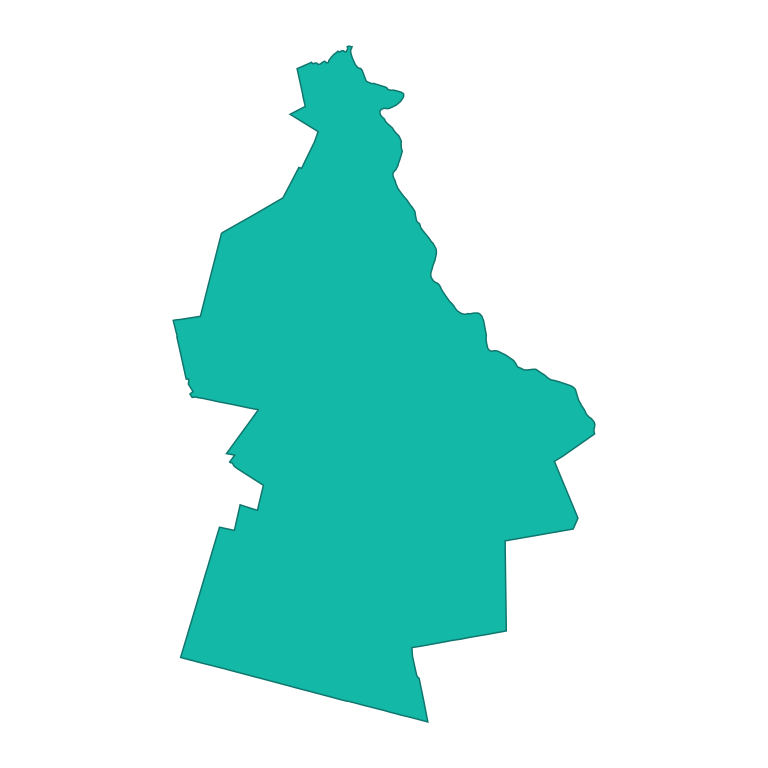 the district of Guerrero, Coahuila, Mexico
{"feature_id": "50627088B28083225707634", "entity_name": "Guerrero", "entity_type": "district", "adm_level": 2, "iso_a3": "MEX", "parent_name": "Mexico", "parent_adm1": "Coahuila", "projection": "natural_earth1", "projection_center": [-100.347, 28.15], "detail": "fine", "context": "isolated", "style": "filled", "palette": "teal", "viewbox_px": 768, "rotation_deg": 0, "n_neighbors": 0, "source": "geoboundaries", "source_scale": "gbopen_adm2", "svg_char_len": 5962}
<svg xmlns="http://www.w3.org/2000/svg" viewBox="0 0 768 768"><path d="M427.8,721.9L426.8,716.6L423.5,699.6L421.9,691.8L420.2,683.7L419.7,681.1L419.1,678.3L417.1,676.5L415.9,671.9L412.5,656.4L411.9,647.6L421.4,646.1L452.4,640.4L461.1,639.1L469.5,637.4L487.9,634.3L506.3,630.9L505.9,599.9L505.8,594.8L505.1,540.9L512.3,539.6L545.0,533.9L572.6,529.1L573.2,529.0L577.9,518.3L577.8,517.9L576.7,515.1L574.1,508.8L560.1,475.2L554.4,461.3L562.2,456.6L563.8,455.5L594.6,433.9L594.3,432.6L594.0,431.0L593.9,430.1L594.0,429.1L594.5,427.2L594.8,425.5L594.8,424.0L594.1,422.0L592.7,420.2L591.2,418.5L589.0,417.0L587.4,415.3L586.3,414.1L586.0,413.4L584.8,410.7L584.2,409.6L583.5,408.4L582.5,407.1L581.3,405.1L580.3,403.0L580.0,402.6L579.7,402.2L579.5,401.9L579.2,401.2L578.1,398.6L577.7,397.1L576.2,392.1L575.6,390.0L574.7,388.5L573.1,387.1L570.9,385.8L567.7,384.7L564.5,383.6L562.0,382.8L558.8,381.7L556.5,381.1L554.1,380.4L551.7,380.0L550.4,379.6L547.7,377.8L545.7,376.0L543.5,374.3L541.1,372.9L536.2,369.5L534.6,369.2L531.1,369.5L528.4,369.9L526.3,370.0L524.2,369.9L523.9,369.8L523.6,369.7L521.0,368.3L519.3,367.6L518.2,367.2L517.8,367.0L517.4,366.7L515.7,363.4L514.4,361.5L513.5,360.4L512.2,359.5L509.3,357.5L506.3,355.4L504.3,354.3L502.5,353.5L501.4,352.9L499.9,352.2L498.4,351.4L497.8,351.2L496.0,350.8L494.9,350.7L493.9,350.8L493.2,351.0L492.3,351.1L491.1,351.1L490.1,350.7L489.2,350.2L488.4,349.3L487.9,348.4L487.7,347.9L487.0,345.1L486.6,343.6L486.1,339.3L486.1,338.2L486.2,336.8L486.3,335.2L486.1,333.9L485.9,332.9L485.1,328.9L484.4,324.7L484.0,323.0L483.8,321.4L483.3,319.9L482.8,318.8L482.4,317.7L482.1,316.7L481.3,315.6L480.2,314.3L479.2,313.6L478.5,313.2L477.0,313.0L475.4,313.0L473.7,313.1L471.2,313.6L470.2,313.7L468.8,313.8L468.0,313.6L467.2,313.7L466.4,314.1L465.1,314.3L463.5,314.1L461.9,313.6L460.7,313.1L458.1,311.4L456.7,310.2L455.0,308.0L454.0,306.1L453.2,305.2L451.7,303.4L449.9,301.6L449.4,301.1L447.8,298.9L446.4,296.8L446.1,296.4L445.8,296.2L445.1,295.0L443.1,292.1L441.5,289.4L440.9,287.9L439.4,285.1L437.8,283.5L436.6,282.8L435.2,282.2L434.1,281.5L433.2,280.5L431.8,278.5L431.2,277.4L430.9,276.1L430.8,274.6L430.8,273.4L431.0,272.5L431.3,271.3L432.2,268.6L432.8,265.9L433.8,263.3L435.0,260.1L435.2,259.0L436.4,253.6L436.3,250.2L435.9,248.7L435.1,247.0L433.1,243.5L432.9,243.1L432.6,242.8L431.7,242.2L429.2,238.4L422.8,230.5L421.3,228.4L420.7,227.5L420.6,227.2L420.3,226.2L419.7,223.9L419.5,223.7L418.8,223.1L417.8,222.4L417.2,221.9L416.9,221.5L416.2,219.2L415.8,217.2L415.5,215.6L415.2,213.0L414.7,211.2L414.0,209.9L413.1,208.6L412.1,207.1L410.5,205.3L410.3,205.0L406.9,200.0L406.3,199.2L404.8,197.6L403.0,195.4L401.3,193.2L399.7,191.0L398.2,188.8L397.4,187.3L396.0,183.9L395.9,183.7L395.1,180.9L395.1,180.7L394.6,179.8L394.3,179.3L393.4,177.0L392.9,175.1L392.9,174.6L392.9,173.8L393.1,173.2L393.3,172.6L393.6,172.1L394.5,171.0L394.6,170.8L395.6,170.1L397.7,166.0L398.0,165.4L398.2,164.7L398.3,164.1L398.3,163.8L399.0,162.0L399.9,159.4L400.5,157.5L401.0,155.7L402.2,151.6L402.2,151.3L402.2,151.2L401.3,147.9L401.3,147.6L401.1,143.5L401.1,143.2L401.2,142.9L401.3,142.3L401.3,141.6L401.1,140.9L401.0,140.4L399.5,137.2L398.9,136.0L398.4,135.4L396.7,133.8L394.2,130.9L393.3,129.4L392.3,127.9L390.4,126.2L389.0,125.0L387.1,123.2L386.3,122.2L385.8,121.8L385.5,121.4L385.2,121.0L384.9,120.0L384.5,119.2L383.4,118.1L382.2,117.1L381.2,115.9L380.3,114.3L379.9,112.9L379.9,111.6L380.3,110.6L381.1,109.7L382.4,108.9L383.5,108.5L384.4,108.3L385.0,108.3L386.6,108.6L388.4,108.6L389.7,108.2L392.0,107.2L394.4,106.0L396.4,105.0L400.5,101.5L402.2,99.1L403.3,97.3L403.6,96.2L403.7,94.5L403.6,94.1L403.4,93.7L402.7,93.1L401.1,92.2L399.3,91.6L396.8,90.9L393.3,90.1L393.0,90.1L391.4,90.3L391.1,90.3L390.0,90.1L389.3,89.9L388.0,89.4L387.5,89.0L386.9,87.9L386.5,87.6L385.4,87.1L384.1,86.6L381.1,85.8L378.2,84.8L375.8,84.1L374.1,83.5L373.5,83.5L373.0,83.5L372.6,83.6L372.1,83.6L371.5,83.5L367.8,82.0L367.4,81.8L366.9,81.5L366.5,81.1L366.1,80.7L365.8,80.1L363.7,74.4L363.0,72.6L362.6,71.8L362.5,71.0L362.4,70.8L361.2,69.1L360.8,68.7L360.4,68.5L360.1,68.3L359.0,68.3L358.7,68.1L358.3,67.9L357.7,67.3L356.8,66.5L356.0,65.6L355.0,64.0L354.4,62.7L353.7,61.1L353.1,59.9L352.7,58.7L351.9,56.7L351.0,53.7L350.7,52.2L350.7,50.2L350.7,49.8L350.8,49.6L351.7,48.0L351.7,47.8L351.8,47.2L352.0,46.7L351.4,46.7L348.7,46.1L347.2,46.8L347.5,47.7L347.6,49.2L346.1,51.8L344.4,51.7L343.7,50.8L341.4,50.8L339.7,52.2L338.3,51.3L337.6,51.3L337.1,52.0L333.9,54.4L331.1,57.4L328.8,60.6L328.7,61.7L327.8,62.8L326.6,62.8L324.7,61.2L322.0,62.6L320.1,64.2L317.9,64.4L317.2,63.4L315.7,62.9L313.1,63.7L312.3,63.4L311.6,62.3L297.1,68.7L302.5,93.4L303.1,97.2L305.3,106.4L303.2,107.5L298.1,110.1L290.1,114.3L318.1,131.6L314.5,141.9L304.3,162.7L301.6,168.4L298.9,167.4L290.1,184.3L282.9,197.9L255.1,214.1L249.8,217.1L223.1,232.2L221.5,233.3L208.5,284.1L203.9,302.4L200.4,316.3L180.7,319.4L179.1,319.6L177.4,319.7L174.8,320.1L173.2,320.4L175.3,328.8L177.4,337.0L176.9,337.1L179.9,350.4L186.2,379.1L188.8,379.1L188.4,384.2L193.0,391.6L189.9,394.0L192.1,397.4L196.2,397.0L197.5,397.6L203.0,398.4L204.3,398.7L212.8,400.5L216.7,401.4L235.1,405.0L236.8,405.4L239.9,406.0L241.1,406.3L242.4,406.5L243.7,406.9L244.4,407.0L245.2,407.1L246.3,407.4L247.2,407.6L250.7,408.3L251.2,408.4L251.8,408.5L252.9,408.7L254.0,409.0L256.7,409.3L258.3,409.8L247.8,424.4L238.1,437.6L226.5,453.6L234.7,455.1L230.2,461.3L229.6,461.9L230.0,462.5L230.8,462.8L232.1,462.8L234.3,466.3L237.3,468.6L263.4,485.3L257.8,508.8L257.7,509.2L257.5,510.3L253.3,509.1L252.6,508.9L240.1,504.8L239.2,509.1L236.6,520.5L234.4,530.4L219.5,527.2L213.4,547.6L207.2,568.6L205.6,573.7L200.1,592.3L180.6,657.5L201.6,663.0L208.7,664.8L221.5,668.0L233.9,671.3L257.7,677.6L259.3,678.0L275.2,682.2L280.0,683.5L284.6,684.7L301.5,689.3L311.1,691.7L315.0,692.8L334.7,698.0L338.6,699.1L346.4,701.1L348.1,701.2L367.5,706.3L384.2,710.5L389.3,712.0L394.7,713.4L402.2,715.4L404.4,715.9L407.5,716.6L427.8,721.9Z" fill="#14b8a6" stroke="#0f766e" stroke-width="1.5"/></svg>